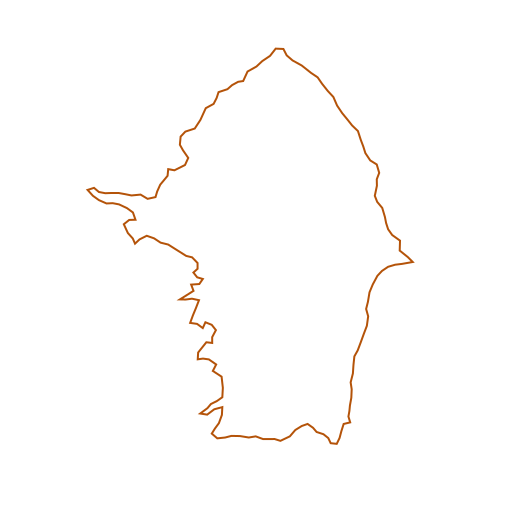 the district of Pardinho, São Paulo, Brazil, rotated 169°
{"feature_id": "56859067B89234648991539", "entity_name": "Pardinho", "entity_type": "district", "adm_level": 2, "iso_a3": "BRA", "parent_name": "Brazil", "parent_adm1": "São Paulo", "projection": "orthographic", "projection_center": [-48.387, -23.1], "detail": "fine", "context": "isolated", "style": "outline", "palette": "amber", "viewbox_px": 512, "rotation_deg": 169, "n_neighbors": 0, "source": "geoboundaries", "source_scale": "gbopen_adm2", "svg_char_len": 2318}
<svg xmlns="http://www.w3.org/2000/svg" viewBox="0 0 512 512"><g transform="rotate(169 256 256)"><path d="M328.8,84.4L320.9,83.7L314.5,84.1L306.1,82.3L297.7,79.2L290.7,79.0L284.1,75.0L278.2,73.8L272.7,72.8L267.3,69.9L257.2,72.5L250.6,77.7L243.5,80.4L237.4,81.3L232.8,76.5L230.1,71.7L223.8,68.2L219.8,63.5L218.4,58.0L212.6,56.2L208.7,61.4L205.6,67.8L202.0,74.4L195.3,74.7L195.9,80.8L193.9,86.0L192.3,91.4L189.5,98.6L187.5,106.9L187.2,113.9L183.3,122.2L181.1,130.5L178.6,138.7L174.2,143.9L169.7,151.2L164.9,159.2L160.5,166.3L157.4,175.4L158.0,183.0L154.9,189.6L151.5,198.7L146.8,205.8L140.6,213.4L135.2,217.3L128.4,220.2L121.1,220.9L114.2,220.4L103.3,220.2L107.2,226.0L113.9,233.9L111.7,243.6L118.3,250.6L121.2,257.0L122.0,263.6L122.0,269.7L122.9,279.1L126.7,286.0L127.9,292.4L123.9,301.9L122.8,308.3L119.2,314.1L120.0,322.8L125.6,328.0L129.0,336.1L129.8,343.1L131.0,350.1L132.1,359.2L136.8,365.9L140.2,372.5L144.1,379.7L147.7,388.2L149.7,397.3L154.1,404.4L158.3,412.5L161.4,419.6L167.0,425.2L174.8,434.3L182.8,441.0L187.6,447.1L189.6,454.0L197.1,455.8L204.0,449.8L212.7,446.1L219.4,441.9L229.1,438.7L235.2,430.2L240.3,430.4L246.9,428.3L252.2,425.2L261.5,424.0L264.5,418.6L268.6,413.4L277.1,410.7L284.6,400.2L291.8,392.8L301.6,391.6L307.2,387.6L309.5,379.7L307.5,373.7L303.8,365.2L308.3,358.9L319.7,355.7L325.6,358.0L327.5,351.6L336.4,344.3L340.7,338.2L343.4,333.0L351.5,332.8L357.6,338.3L366.7,339.2L372.5,341.6L378.9,344.1L386.3,345.5L392.0,346.4L398.0,348.8L402.0,353.8L408.7,353.0L404.6,346.2L399.5,340.8L392.7,336.1L386.6,335.2L380.6,332.8L373.5,327.6L368.5,322.2L367.4,314.6L373.6,315.6L379.7,312.4L377.4,303.0L373.6,296.7L372.4,291.2L367.2,294.5L359.4,296.7L352.7,292.8L347.1,287.3L340.0,284.0L334.5,278.8L324.5,269.4L319.0,266.9L314.7,260.3L315.8,254.6L320.6,251.7L317.8,246.3L312.6,243.6L317.0,239.3L325.1,240.3L324.0,233.7L339.0,227.9L333.4,226.7L327.0,226.3L320.4,223.5L324.8,216.5L329.3,209.7L333.4,202.9L326.8,200.6L322.0,195.4L318.3,200.6L312.6,196.9L309.5,190.9L314.5,184.7L315.6,179.0L321.2,180.8L331.2,172.3L332.9,165.7L327.6,165.4L322.0,163.5L315.8,157.1L320.3,151.4L312.8,144.1L313.7,132.9L316.0,123.8L322.0,121.1L328.5,119.3L332.7,115.9L340.8,112.0L334.2,109.6L326.2,113.5L317.9,114.1L319.8,106.5L324.3,99.0L329.2,94.5L333.3,90.1L328.8,84.4Z" fill="none" stroke="#b45309" stroke-width="2"/></g></svg>